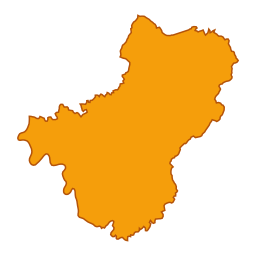 Capão Alto, Santa Catarina, Brazil
{"feature_id": "56859067B63554103523917", "entity_name": "Capão Alto", "entity_type": "district", "adm_level": 2, "iso_a3": "BRA", "parent_name": "Brazil", "parent_adm1": "Santa Catarina", "projection": "natural_earth1", "projection_center": [-50.626, -28.064], "detail": "fine", "context": "isolated", "style": "filled", "palette": "amber", "viewbox_px": 256, "rotation_deg": 0, "n_neighbors": 0, "source": "geoboundaries", "source_scale": "gbopen_adm2", "svg_char_len": 5779}
<svg xmlns="http://www.w3.org/2000/svg" viewBox="0 0 256 256"><path d="M101.5,228.3L103.0,227.4L104.5,228.0L105.3,226.9L106.1,225.7L107.5,224.8L109.4,222.1L111.1,221.0L112.4,220.6L113.7,221.3L113.6,222.7L112.5,225.6L114.0,227.7L113.7,229.6L111.1,232.7L110.7,234.6L111.6,235.8L112.9,236.7L114.4,236.5L115.5,235.2L116.4,236.2L116.2,238.1L117.0,239.1L118.5,239.0L119.8,238.1L121.1,237.5L122.6,237.5L123.6,238.6L124.8,239.7L126.0,240.3L127.6,240.6L127.5,238.8L127.8,236.6L129.2,236.2L130.6,236.6L130.7,234.9L132.3,235.2L133.6,234.9L134.3,233.0L135.6,231.9L137.2,231.9L138.4,231.7L139.3,230.5L139.4,228.4L140.4,229.5L142.1,228.4L143.8,226.5L145.3,228.0L145.5,230.6L146.9,230.8L147.9,229.9L149.9,226.8L150.3,225.4L150.7,223.6L149.4,222.5L150.4,220.4L151.3,221.4L152.0,222.5L153.4,223.3L154.9,222.7L154.9,220.9L155.5,219.1L159.2,218.7L160.3,218.7L162.1,218.3L163.1,216.4L163.1,214.5L162.4,213.3L161.4,212.0L163.2,211.0L164.8,210.4L164.0,205.7L164.9,204.2L166.5,203.3L168.3,202.6L170.0,202.3L171.7,203.0L173.1,202.1L174.6,199.2L173.3,197.4L174.3,196.0L175.6,196.0L175.7,194.5L175.5,193.0L176.7,192.2L177.5,190.9L176.2,188.9L176.3,186.6L175.5,184.4L174.4,183.1L173.5,181.3L172.6,180.1L172.1,177.3L172.1,175.7L171.0,173.9L170.9,171.7L171.1,169.8L171.7,168.0L173.1,166.9L171.0,164.7L169.9,163.6L170.1,162.1L171.0,161.2L171.4,159.3L173.1,158.0L174.5,157.7L175.0,156.3L176.2,156.0L177.7,155.0L178.7,153.7L179.4,151.8L180.3,149.6L179.9,148.0L181.4,146.3L184.5,143.4L185.6,143.6L186.6,142.7L187.4,141.4L188.7,139.9L190.2,139.1L191.1,137.2L192.3,136.6L193.5,136.1L195.4,137.6L200.4,136.5L201.8,135.6L202.4,134.0L204.8,131.8L205.4,130.6L209.1,125.3L210.1,123.0L211.5,121.2L212.2,119.7L213.9,120.3L215.4,120.7L216.7,121.5L217.9,120.9L218.9,120.2L220.0,119.0L220.1,117.5L220.7,116.1L221.8,115.3L222.5,114.2L223.6,111.4L224.1,110.0L224.2,107.0L223.0,105.2L221.7,104.8L220.6,103.2L218.5,102.5L216.4,102.9L215.8,100.8L214.7,99.2L215.3,97.2L216.2,95.8L217.4,94.6L218.5,93.4L219.1,91.8L219.9,90.5L220.5,89.1L219.8,87.7L218.9,86.2L219.5,84.9L221.0,84.1L222.2,84.0L223.1,82.8L224.6,82.0L226.4,81.3L228.1,81.0L229.6,80.5L230.7,79.5L231.7,78.5L232.1,76.9L231.4,75.7L231.2,74.3L231.9,72.9L231.7,71.1L232.1,68.6L231.5,66.6L232.7,64.6L233.7,63.2L235.5,62.9L237.0,62.2L238.2,60.6L237.3,59.2L236.1,58.1L235.8,56.5L234.6,54.5L234.2,52.3L233.2,51.5L231.6,51.3L230.8,49.4L230.4,47.3L229.4,45.7L228.4,43.8L228.7,42.4L229.1,40.8L228.1,39.0L226.2,39.1L225.0,39.8L224.1,38.7L223.1,37.1L221.4,36.2L220.0,36.1L218.8,36.2L217.6,35.2L216.8,34.2L215.4,33.4L213.8,32.4L214.7,30.0L213.0,30.8L211.4,32.1L210.1,32.7L209.9,30.6L208.8,29.1L208.4,31.0L207.8,32.9L205.5,35.1L204.8,34.0L203.9,31.9L203.1,30.0L201.8,30.6L199.7,31.2L198.1,31.9L196.9,31.0L195.1,30.5L195.8,28.9L197.0,28.0L196.2,26.8L193.8,26.6L191.9,27.2L191.2,28.7L189.9,29.0L188.7,29.9L172.9,35.1L171.6,35.1L170.2,35.6L166.8,35.5L165.0,34.7L162.2,32.6L161.6,30.5L160.7,29.0L159.5,27.3L157.9,27.6L156.5,28.0L156.1,26.0L155.1,24.3L153.9,23.6L152.6,22.3L150.7,21.0L149.3,19.5L145.8,17.4L144.5,16.4L142.9,16.2L141.0,16.2L139.9,16.4L137.9,15.4L137.7,17.9L136.6,19.4L135.4,20.9L133.6,22.1L132.4,24.0L131.7,25.5L131.9,27.8L130.8,28.7L131.3,32.5L128.7,35.7L128.0,38.0L127.2,39.1L126.6,40.8L126.0,42.1L123.9,44.3L122.6,45.2L122.1,46.6L121.7,48.3L120.9,49.6L120.3,51.1L120.6,52.7L120.9,55.0L120.1,56.9L122.7,58.0L124.1,58.4L125.4,58.6L126.6,59.4L127.8,60.6L128.9,61.5L129.8,62.6L129.8,64.5L128.9,68.2L128.7,69.7L128.2,71.5L126.9,72.4L125.8,72.8L125.3,74.0L122.3,75.1L122.3,76.5L123.4,77.8L124.3,79.3L122.9,81.0L123.8,83.0L122.3,83.6L120.3,83.9L119.8,86.4L118.9,87.4L118.3,88.9L117.5,89.8L115.8,89.8L114.4,90.3L113.0,91.0L113.6,92.6L111.6,92.9L111.1,94.7L109.8,94.5L108.7,93.1L107.2,92.5L106.7,94.3L105.6,95.0L104.8,96.7L103.4,95.8L102.2,94.7L100.9,94.1L99.9,95.2L99.2,96.6L98.2,95.4L97.0,95.1L95.3,95.2L95.3,97.0L93.8,98.8L92.3,100.2L90.2,100.5L89.9,102.4L88.7,102.3L88.0,100.5L86.8,100.7L86.8,102.3L85.5,104.3L83.8,104.1L81.9,104.0L80.2,104.1L81.1,105.6L81.4,107.2L81.9,108.6L82.2,110.2L83.3,111.4L84.5,110.1L86.4,109.6L87.2,112.1L86.0,113.0L82.9,114.5L81.0,116.8L79.5,114.9L78.5,113.4L77.0,112.6L75.0,113.5L73.4,112.3L72.6,110.7L70.1,110.3L68.6,109.9L68.2,107.9L67.2,106.9L65.5,107.0L64.2,107.0L62.7,104.4L60.9,104.3L59.8,105.3L59.3,106.9L59.3,108.6L58.9,110.1L58.5,112.2L56.4,112.5L55.2,113.7L56.1,115.7L57.2,117.2L57.4,118.7L55.6,119.6L52.8,119.6L51.8,118.7L50.8,117.0L49.0,117.1L47.8,117.8L47.9,119.5L47.1,121.2L45.5,121.1L44.7,120.0L44.2,118.3L42.7,117.7L41.3,117.0L40.0,116.5L39.4,117.9L38.3,118.6L36.6,118.4L35.2,117.5L34.0,117.0L32.5,116.8L31.0,116.4L29.3,116.3L29.4,119.0L29.3,121.2L29.1,123.7L28.3,126.0L27.5,128.0L26.6,129.7L25.7,130.8L24.7,131.8L23.1,132.5L21.2,133.0L19.7,133.8L18.8,135.2L18.2,136.6L17.8,138.1L18.4,139.8L19.9,140.3L22.2,140.0L24.1,140.0L25.6,140.4L26.8,140.8L28.0,141.8L29.2,143.5L31.5,148.8L31.9,151.4L31.7,153.3L31.2,154.7L30.0,157.4L29.5,158.8L29.4,160.7L30.0,162.5L30.9,163.9L32.1,164.8L33.5,165.2L35.4,164.8L39.0,161.5L40.6,159.7L42.0,158.1L43.2,156.5L44.4,155.1L46.1,153.9L47.8,154.2L49.1,155.9L49.6,157.4L50.3,162.8L51.7,165.1L53.5,165.5L55.3,165.3L56.7,165.0L57.9,164.6L59.0,164.3L60.5,164.1L62.3,164.1L63.6,164.6L64.8,165.3L65.5,166.8L65.5,168.4L64.5,170.1L62.9,171.9L62.4,173.8L62.8,175.8L63.8,178.5L64.7,180.2L66.0,181.5L66.4,183.3L66.0,184.8L65.3,186.2L64.4,187.6L63.8,189.1L63.6,190.7L63.7,192.2L64.4,193.5L65.7,194.3L67.0,194.4L68.2,194.1L69.6,193.1L70.8,191.7L71.5,190.0L72.6,188.5L74.0,188.9L74.8,190.2L75.1,191.5L75.3,195.0L75.6,197.2L76.5,199.4L77.0,201.4L77.6,205.7L78.0,207.7L78.4,210.1L78.4,212.2L78.1,213.9L78.1,215.6L79.4,217.2L83.5,218.6L85.0,219.8L87.9,221.9L89.8,222.8L91.5,223.5L93.1,224.3L95.1,226.1L96.4,226.6L97.7,226.6L99.3,226.1L100.7,226.6L101.5,228.3Z" fill="#f59e0b" stroke="#b45309" stroke-width="1.5"/></svg>